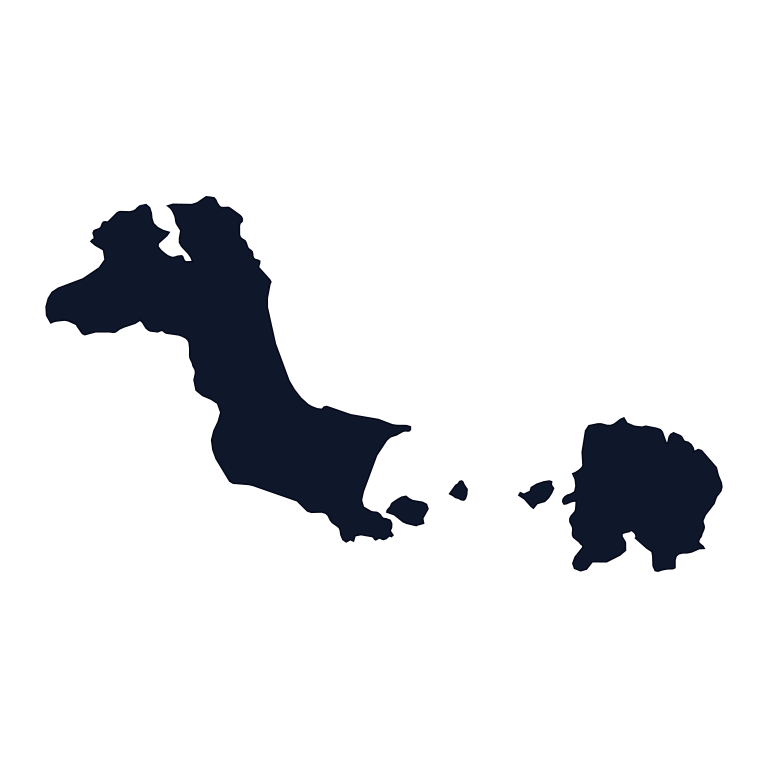 the Province of Bangka-Belitung
{"feature_id": "IDN-1231", "entity_name": "Bangka-Belitung", "entity_type": "Province", "adm_level": 1, "iso_a3": "IDN", "parent_name": "Indonesia", "parent_adm1": "", "projection": "mercator", "projection_center": [106.711, -2.366], "detail": "fine", "context": "isolated", "style": "filled", "palette": "ink", "viewbox_px": 768, "rotation_deg": 0, "n_neighbors": 0, "source": "natural_earth", "source_scale": "10m", "svg_char_len": 5365}
<svg xmlns="http://www.w3.org/2000/svg" viewBox="0 0 768 768"><path d="M396.7,425.5L406.6,425.6L410.4,426.8L410.4,429.7L408.9,431.0L407.3,431.0L405.4,430.8L403.1,431.2L396.0,435.1L393.8,435.7L390.1,437.0L386.6,440.2L376.6,455.3L363.2,491.7L361.4,500.2L363.4,507.1L371.1,511.6L373.4,512.1L376.5,512.3L378.3,513.1L380.4,514.9L381.6,516.9L383.2,518.4L386.4,518.9L390.2,520.3L391.7,523.7L391.5,527.6L390.1,530.8L392.1,534.0L393.0,535.1L391.4,536.6L389.6,535.8L388.0,536.9L386.1,538.6L383.5,539.5L382.0,539.1L380.6,538.3L379.2,537.9L375.7,539.9L374.5,539.1L373.7,537.6L372.5,536.6L360.9,534.6L355.0,535.8L353.5,541.1L351.3,540.1L350.5,539.5L346.2,541.9L342.9,539.6L340.9,534.8L340.2,530.0L339.2,527.7L336.9,525.8L332.3,522.6L330.5,520.3L328.0,515.3L325.6,513.1L321.5,512.0L311.3,512.3L307.4,511.0L297.1,500.8L252.7,485.3L248.4,484.4L233.2,483.2L229.7,481.2L216.1,458.7L212.9,449.9L211.6,440.1L213.9,430.9L218.3,421.5L220.8,412.3L217.5,403.3L210.8,399.0L202.6,395.5L196.1,390.2L194.0,380.0L195.4,373.8L195.5,371.4L195.0,369.4L193.1,366.1L192.2,362.6L190.1,358.3L189.7,355.9L189.8,348.7L189.1,342.5L187.9,340.0L185.8,338.0L182.4,336.2L178.8,334.9L166.2,333.1L165.2,332.6L163.0,330.8L162.1,330.4L160.8,330.5L158.4,331.6L157.6,331.8L150.8,331.0L148.9,330.4L146.0,328.0L142.5,322.3L140.0,320.1L135.0,323.3L124.1,326.9L119.6,328.9L115.4,332.0L113.4,332.3L109.3,331.8L95.5,331.8L84.7,334.7L83.0,333.9L81.8,332.8L77.2,326.1L76.5,324.5L68.3,320.8L64.7,320.1L57.5,320.8L53.7,321.6L50.8,322.9L46.6,315.4L46.1,306.7L48.3,298.5L52.2,292.2L58.5,288.1L83.0,278.9L99.4,267.8L105.1,259.6L103.5,249.9L95.1,245.0L90.9,241.4L92.5,239.7L94.2,239.0L94.3,237.2L93.1,233.0L93.9,230.9L95.9,229.8L98.3,229.1L100.4,227.9L101.2,226.7L102.4,223.4L103.5,222.1L104.7,221.8L107.4,222.1L108.6,221.4L117.4,212.6L119.9,211.6L129.8,211.9L133.8,210.9L135.9,209.6L137.4,207.9L140.0,205.9L146.0,204.6L149.6,207.7L151.3,213.1L151.8,218.4L153.4,223.5L157.6,227.6L163.3,230.6L169.2,232.3L166.8,235.7L158.3,243.3L157.9,246.5L160.8,250.3L164.8,253.7L167.7,255.8L171.9,257.5L174.6,257.3L177.4,256.3L181.6,255.8L182.6,256.5L184.1,260.3L185.3,261.6L186.9,261.9L192.7,261.6L191.0,257.3L188.2,253.3L181.6,246.3L179.5,242.5L179.5,238.3L180.9,230.1L180.3,229.6L176.5,223.6L175.9,221.6L175.4,218.1L175.0,216.3L173.7,213.2L172.2,210.3L170.2,207.8L167.7,205.9L172.9,204.3L191.9,204.6L197.3,202.9L206.1,196.8L210.1,197.2L214.2,197.9L215.9,200.1L217.2,203.2L219.7,206.7L221.5,207.5L223.8,207.6L228.5,207.4L229.9,208.1L239.9,215.3L241.5,217.0L242.4,219.2L242.1,221.4L240.0,223.3L239.4,225.7L239.4,234.6L240.2,237.2L242.0,238.9L243.9,240.0L245.3,241.1L246.2,242.9L247.4,246.8L248.2,248.3L249.5,249.5L250.9,250.4L252.1,251.6L252.6,253.6L252.8,256.2L253.6,258.2L255.2,259.6L257.8,260.1L259.7,261.1L259.6,263.2L258.8,265.6L258.5,267.3L269.9,280.0L270.9,282.0L269.9,284.1L267.3,298.0L267.3,307.3L275.4,343.9L289.0,380.8L294.3,389.8L300.6,397.9L308.1,404.7L311.7,406.7L317.1,408.8L322.0,409.4L324.2,407.0L326.7,406.5L350.7,414.8L378.3,419.5L392.3,424.8L396.7,425.5ZM721.9,487.0L720.9,490.9L718.8,493.8L716.9,496.0L716.0,497.9L714.0,503.6L705.3,514.8L702.9,520.5L703.0,522.5L704.1,525.9L704.2,527.8L703.6,529.9L701.8,534.0L701.4,535.8L700.9,536.8L699.9,538.1L699.0,539.8L698.5,541.7L699.3,543.3L703.0,546.3L704.2,548.4L699.3,548.6L691.7,551.9L687.4,552.8L682.5,552.9L678.6,553.9L676.1,556.1L675.0,560.0L675.0,567.7L672.9,568.7L667.0,568.9L661.8,569.9L658.0,571.2L655.2,570.6L653.1,565.9L652.8,556.1L652.0,551.6L646.8,548.1L635.5,538.1L635.9,537.8L636.1,536.3L635.6,534.2L634.1,532.2L631.6,530.4L630.5,530.6L629.2,531.6L626.1,532.2L622.0,533.5L622.0,536.6L625.4,542.4L625.5,550.4L619.8,555.1L606.6,561.8L592.3,561.7L586.5,569.1L580.6,570.8L574.5,568.3L572.8,563.4L575.1,557.1L582.6,547.7L583.0,546.8L582.6,545.4L581.5,544.5L580.6,543.8L579.2,541.9L573.5,537.3L572.6,535.4L572.5,532.9L572.8,530.2L572.7,527.8L571.9,525.6L570.8,523.7L569.9,521.7L569.8,518.9L570.9,516.3L574.9,511.7L575.7,509.5L576.3,501.8L575.1,500.9L571.3,501.6L566.0,503.9L563.9,504.0L562.7,501.6L563.1,499.1L565.0,496.7L567.7,495.0L570.5,494.3L574.7,491.8L576.0,486.0L575.2,479.2L572.7,473.7L575.5,472.6L578.9,470.4L581.8,467.8L583.0,465.6L582.2,452.1L585.6,430.7L588.9,425.7L597.7,423.9L601.2,423.9L607.3,425.5L610.8,425.5L614.3,424.1L620.5,419.4L623.9,417.9L626.9,423.2L634.4,426.3L642.1,427.2L645.7,426.2L656.8,428.4L660.4,429.7L662.3,432.0L666.2,443.0L667.8,443.0L669.1,437.1L670.6,434.5L673.5,432.8L680.2,435.7L681.5,436.6L683.7,440.5L684.5,441.4L688.2,442.3L691.2,444.7L693.2,448.0L694.0,451.7L698.3,449.6L701.5,450.6L716.3,467.6L718.2,475.3L721.3,482.8L721.9,487.0ZM426.5,504.4L428.0,508.9L422.7,518.3L423.6,523.3L417.3,525.0L416.3,525.6L406.6,523.3L403.0,521.7L394.3,514.7L386.8,512.1L387.4,510.0L389.2,508.0L390.1,507.3L391.7,503.8L392.5,502.9L397.4,499.6L401.6,497.2L406.0,496.3L408.9,498.7L412.6,500.6L422.5,502.3L426.5,504.4ZM530.2,491.4L531.3,487.5L536.8,484.2L543.7,481.9L549.3,481.0L551.6,481.7L551.3,484.7L552.1,486.3L553.6,488.3L551.5,493.0L548.5,497.7L544.7,501.4L537.2,503.5L533.4,508.2L530.9,506.2L524.7,499.1L518.8,495.2L520.3,492.7L524.0,494.3L527.2,492.7L530.2,491.4ZM467.1,489.3L466.6,494.9L465.3,498.7L463.8,500.1L460.9,499.6L458.7,498.3L455.4,497.4L453.1,495.6L449.6,493.8L452.9,489.2L455.7,485.4L458.6,483.5L459.0,482.5L459.7,481.5L461.6,481.0L462.6,481.6L464.3,485.2L467.1,489.3Z" fill="#0f172a" stroke="#020617" stroke-width="1.5"/></svg>